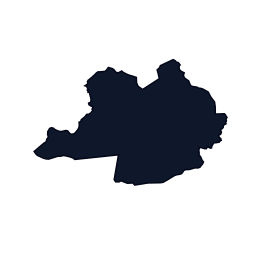 outline of Jucurutu, Rio Grande do Norte, Brazil, rotated 248°
{"feature_id": "56859067B48899253663657", "entity_name": "Jucurutu", "entity_type": "district", "adm_level": 2, "iso_a3": "BRA", "parent_name": "Brazil", "parent_adm1": "Rio Grande do Norte", "projection": "natural_earth1", "projection_center": [-37.004, -6.027], "detail": "fine", "context": "isolated", "style": "filled", "palette": "ink", "viewbox_px": 256, "rotation_deg": 248, "n_neighbors": 0, "source": "geoboundaries", "source_scale": "gbopen_adm2", "svg_char_len": 2468}
<svg xmlns="http://www.w3.org/2000/svg" viewBox="0 0 256 256"><g transform="rotate(248 128 128)"><path d="M118.8,66.9L112.1,90.2L108.5,102.8L106.7,109.1L85.2,95.8L82.7,96.4L81.4,99.6L81.7,101.7L77.0,106.7L75.2,111.9L72.6,112.8L70.8,120.4L69.6,125.8L65.1,137.6L64.5,140.2L65.1,144.9L66.1,150.6L66.5,153.4L66.5,154.8L65.7,158.9L65.6,160.4L66.1,161.6L67.6,163.6L67.9,165.5L67.3,167.2L66.5,169.5L66.0,174.8L64.7,178.2L64.7,180.1L65.6,181.5L66.7,183.6L68.3,185.3L70.2,184.6L72.0,184.6L73.8,184.6L76.6,183.8L78.1,184.6L81.1,185.4L82.1,186.3L83.2,186.9L82.3,188.6L80.1,191.3L79.5,192.9L80.9,194.8L78.6,196.6L78.2,198.0L79.4,198.6L81.1,200.6L82.2,202.4L81.4,203.8L81.1,205.7L80.7,207.2L81.5,208.5L81.6,209.8L83.6,210.0L85.1,209.1L87.2,209.2L87.6,211.7L89.2,213.1L91.9,213.1L92.1,215.1L92.9,216.5L94.1,217.0L94.9,218.0L95.2,220.5L96.3,220.4L97.7,221.9L99.5,222.2L100.8,223.8L101.9,223.4L103.6,223.3L105.1,222.7L108.2,214.2L115.0,216.8L119.7,218.0L126.2,216.3L131.4,215.8L136.2,211.9L137.5,210.3L138.6,208.4L140.1,207.2L141.5,204.8L142.8,202.7L143.9,202.1L145.0,201.8L148.9,201.9L153.1,199.2L156.0,199.0L158.1,200.8L160.2,198.9L161.6,198.0L163.0,197.7L164.4,197.8L165.8,198.4L167.0,199.9L169.8,199.2L171.0,197.5L172.6,197.0L174.5,195.5L174.1,188.7L173.7,181.4L172.0,179.7L171.0,176.8L166.7,176.3L162.0,175.5L158.6,158.0L158.3,156.0L159.3,155.3L161.5,153.8L163.3,152.9L166.9,152.9L171.8,154.7L174.5,151.5L177.2,148.1L181.2,144.5L183.2,143.5L182.8,139.6L184.0,137.8L187.5,136.7L188.8,135.9L191.5,132.5L189.7,129.6L189.1,127.9L190.6,123.0L191.3,121.0L190.7,118.8L189.9,117.3L189.5,116.0L188.6,113.7L188.0,111.5L187.5,110.3L187.2,108.9L186.0,107.7L184.7,107.6L183.8,106.6L183.3,103.9L182.1,105.3L180.4,105.3L179.0,105.7L178.4,104.4L177.3,104.8L176.1,104.3L175.9,105.5L174.2,105.3L170.3,104.8L168.6,104.5L167.1,103.9L165.8,102.7L165.9,100.8L164.3,100.5L162.2,101.9L161.1,103.3L159.9,102.8L158.9,101.7L157.6,102.0L156.0,99.3L155.4,97.0L156.1,94.8L154.6,92.3L153.6,89.0L153.1,87.7L151.7,86.6L151.7,84.8L148.6,83.8L146.3,82.2L144.4,79.4L143.1,76.8L142.9,75.2L143.4,73.2L144.4,72.1L148.1,70.9L149.0,69.4L149.5,66.0L150.0,64.0L151.9,61.5L154.5,59.3L155.6,58.9L156.9,57.3L157.0,55.2L155.8,53.7L154.7,52.2L152.9,51.5L151.9,50.9L150.6,51.1L149.0,50.2L148.0,48.5L145.8,46.9L145.5,44.5L141.4,32.2L138.4,32.9L136.5,33.8L131.8,38.2L130.2,40.2L128.9,42.7L128.1,52.3L127.0,55.3L126.7,57.9L125.0,60.6L122.3,64.2L120.7,65.9L118.8,66.9Z" fill="#0f172a" stroke="#020617" stroke-width="1.5"/></g></svg>